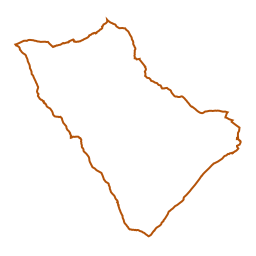 Popesti, Vâlcea, Romania
{"feature_id": "2599482B78854434160228", "entity_name": "Popesti", "entity_type": "district", "adm_level": 2, "iso_a3": "ROU", "parent_name": "Romania", "parent_adm1": "Vâlcea", "projection": "orthographic", "projection_center": [24.101, 44.98], "detail": "fine", "context": "isolated", "style": "outline", "palette": "amber", "viewbox_px": 256, "rotation_deg": 0, "n_neighbors": 0, "source": "geoboundaries", "source_scale": "gbopen_adm2", "svg_char_len": 5659}
<svg xmlns="http://www.w3.org/2000/svg" viewBox="0 0 256 256"><path d="M148.7,236.3L150.8,235.0L151.4,234.3L151.9,233.5L153.5,231.3L153.9,231.1L154.1,230.6L154.6,230.4L155.1,229.4L156.5,227.7L159.6,225.8L160.9,224.6L161.2,224.2L161.6,222.8L162.7,221.7L163.3,221.4L163.5,221.0L163.5,220.4L165.0,218.6L167.8,214.1L168.5,212.1L169.0,211.4L170.0,210.8L171.1,209.7L172.7,208.6L175.1,206.1L177.2,205.0L180.4,202.5L181.9,201.4L183.2,200.1L183.6,199.5L183.6,198.2L184.0,197.2L186.5,194.9L189.9,191.1L191.5,189.0L194.9,185.0L199.3,179.2L201.6,175.8L201.9,175.8L203.0,174.2L204.5,172.6L209.2,168.1L212.2,164.9L213.0,164.3L213.6,163.5L214.4,163.3L218.0,161.5L222.3,158.6L224.1,156.4L224.8,155.9L226.4,155.4L227.6,154.2L228.1,153.9L229.0,154.1L229.9,153.3L231.1,153.1L231.8,153.3L231.8,152.9L232.0,152.8L232.3,152.8L232.8,153.1L233.0,153.0L233.0,152.6L233.2,152.4L234.4,151.9L234.8,151.4L235.5,151.2L236.5,150.5L237.6,149.4L238.3,148.5L237.0,146.6L237.0,145.8L239.6,144.6L240.6,142.4L240.6,141.6L239.7,140.8L239.9,140.6L239.5,140.3L237.9,139.1L236.9,139.1L237.0,137.9L238.1,138.1L237.9,135.5L238.0,132.9L239.1,130.9L239.5,127.6L236.9,125.8L231.6,121.8L232.0,120.6L232.3,120.5L232.5,120.3L229.1,119.2L226.9,117.9L226.3,117.7L225.7,117.4L225.4,117.4L225.4,117.1L226.3,114.9L226.5,114.0L227.2,112.8L227.6,112.3L225.2,111.6L223.0,111.7L220.4,111.1L219.5,110.8L217.5,110.6L216.4,110.8L215.4,110.6L212.6,111.0L211.6,110.8L209.5,110.8L206.8,111.4L205.2,111.5L203.3,112.8L202.5,113.1L201.7,113.1L200.3,112.8L198.5,111.8L196.4,110.2L195.7,109.4L192.7,107.1L192.2,106.7L191.7,106.8L190.6,105.9L190.0,105.2L188.8,103.5L187.2,101.7L186.4,100.5L185.7,99.9L184.6,98.5L182.6,96.7L181.9,96.4L181.3,96.4L179.7,97.0L178.1,97.0L176.7,96.5L175.3,96.5L174.7,96.2L174.2,95.8L171.9,93.0L171.5,92.4L170.8,90.6L170.1,90.0L168.3,89.1L167.0,87.9L164.8,88.2L164.0,88.5L162.7,88.3L162.2,88.5L161.4,87.5L161.3,86.6L160.5,85.4L158.7,85.0L158.2,84.6L157.5,83.6L157.0,83.1L154.7,82.5L153.4,81.5L151.1,80.8L150.8,80.4L150.7,79.8L150.4,79.3L149.1,78.1L147.5,77.9L146.7,77.5L145.9,76.4L145.1,75.9L145.4,74.9L145.4,73.3L144.8,71.7L145.9,69.7L145.8,68.4L144.9,66.9L145.2,66.6L139.4,59.3L139.5,58.9L136.6,59.4L136.0,58.5L134.7,58.3L134.8,56.8L134.4,55.8L134.8,54.4L134.6,53.4L134.8,51.9L134.7,50.5L135.4,49.1L135.3,48.1L134.7,47.2L134.3,46.1L133.3,44.3L133.2,43.6L133.3,42.5L133.0,41.1L132.1,39.7L131.8,39.0L131.8,38.2L131.5,37.2L130.2,35.2L128.5,31.8L127.9,31.1L126.1,29.7L125.2,28.3L123.9,28.3L122.4,28.0L119.4,28.2L118.6,27.8L116.3,26.3L115.9,25.3L115.2,24.5L112.9,23.7L112.6,23.3L111.5,23.0L110.0,22.2L107.8,20.5L107.1,19.7L107.3,21.1L107.1,21.9L105.8,23.3L103.5,24.5L102.9,25.9L102.0,26.6L102.3,27.6L102.3,27.9L102.1,28.3L101.1,29.2L100.2,29.5L99.1,30.7L96.9,32.1L96.4,32.8L96.4,33.1L95.7,33.4L95.4,32.9L94.9,32.8L94.1,33.0L93.6,33.4L93.4,33.2L92.4,33.6L91.4,34.3L90.9,34.8L89.3,35.3L89.1,35.6L89.1,36.1L87.8,37.4L86.3,38.2L83.8,39.3L82.7,40.1L81.9,40.3L79.9,41.4L79.2,41.3L78.4,41.7L77.4,41.6L76.5,41.9L75.3,41.8L75.3,41.6L75.0,41.4L74.0,41.5L73.8,41.2L73.7,39.8L73.2,39.5L69.1,41.3L69.1,41.8L68.8,42.0L68.8,41.9L63.9,43.4L63.3,43.0L62.9,43.1L61.0,44.4L60.1,44.8L58.7,45.0L57.3,45.5L56.5,45.4L55.6,46.0L54.8,46.1L54.9,46.3L53.0,47.0L49.3,43.5L48.0,41.9L46.2,42.0L45.2,41.7L40.4,41.9L39.4,41.6L37.2,41.4L36.8,41.1L35.7,40.8L34.3,40.7L33.7,40.3L29.8,39.9L28.5,40.0L27.4,40.5L26.9,40.9L25.8,40.7L23.8,40.8L18.4,43.4L16.5,44.2L15.4,44.5L16.1,45.5L17.6,46.0L18.9,46.9L19.7,48.0L19.9,49.7L20.5,50.2L21.8,52.1L23.4,53.5L24.7,54.2L25.9,55.4L26.4,57.1L27.0,58.2L27.5,59.5L27.8,61.3L29.5,64.9L29.9,66.8L29.9,68.1L30.9,70.0L31.5,71.6L31.7,74.1L33.1,75.6L33.7,77.3L35.8,81.7L36.0,82.5L36.9,84.0L37.4,85.6L38.1,86.9L38.1,87.8L37.3,90.1L37.0,91.4L37.4,92.8L38.1,93.6L38.2,94.1L38.4,94.2L38.2,94.5L37.9,95.9L38.1,96.3L38.5,96.5L38.7,97.1L39.4,98.0L39.5,98.5L39.9,98.9L40.5,99.2L40.9,99.7L41.8,99.9L42.3,100.3L42.5,100.6L43.8,101.2L43.9,101.7L43.5,101.9L43.9,102.4L43.8,102.7L43.9,102.9L44.3,103.2L44.5,102.9L45.7,104.0L46.3,105.1L46.5,105.9L47.1,106.7L47.8,107.2L50.2,108.6L52.0,111.2L52.6,112.5L53.1,114.6L54.1,115.8L54.8,116.4L56.6,116.7L58.4,116.8L58.9,117.1L60.5,116.8L60.9,117.4L61.6,118.0L61.9,118.4L62.2,119.9L63.3,122.9L63.9,123.5L64.7,124.5L66.1,126.1L66.3,126.5L66.4,126.9L66.4,127.3L66.5,128.0L66.7,128.5L67.5,130.0L68.3,130.6L69.3,131.7L69.8,132.8L70.1,133.0L70.2,133.3L70.0,133.7L70.8,135.2L71.2,135.7L71.1,136.5L70.8,136.6L70.8,137.8L71.6,137.6L73.2,136.7L74.8,136.9L75.7,136.7L78.1,136.7L78.5,136.8L79.0,137.3L79.5,138.1L80.1,138.0L80.4,138.2L81.3,139.8L81.3,140.2L81.0,141.4L81.4,142.5L81.3,143.6L81.9,145.3L81.8,146.6L82.1,147.6L82.9,148.2L83.2,148.8L83.5,149.5L83.5,150.6L83.8,151.4L86.4,153.8L88.3,156.3L88.8,157.1L89.2,158.4L89.4,160.4L89.8,161.8L92.5,167.2L94.8,168.5L96.5,170.2L101.4,172.9L102.6,175.6L103.7,178.6L103.9,179.5L104.6,180.2L105.6,181.7L107.9,183.1L108.4,183.4L108.7,183.9L108.9,185.5L109.5,186.4L109.8,187.4L109.8,188.8L110.4,190.1L110.7,191.2L111.0,192.1L112.4,193.8L113.8,195.2L114.4,195.9L114.8,196.7L115.4,198.3L116.0,199.3L117.3,200.5L117.4,200.8L117.3,201.3L117.8,202.0L117.3,202.5L117.8,202.9L117.9,203.9L118.2,204.4L118.2,204.7L118.5,205.0L118.3,205.3L118.6,205.6L118.5,206.1L119.2,208.2L119.3,208.8L120.1,210.5L120.4,211.6L121.9,214.8L122.5,215.6L122.6,217.2L122.8,218.1L123.7,220.0L124.0,221.6L124.6,223.1L126.4,225.1L127.3,226.5L128.1,227.2L128.7,228.6L129.7,229.2L129.8,229.4L130.9,229.4L132.1,229.9L132.6,229.8L132.8,229.7L133.8,229.8L134.6,230.1L135.7,229.9L136.3,230.3L137.3,230.0L138.3,230.1L139.1,230.5L139.8,231.0L141.9,231.6L142.7,232.3L144.2,232.9L144.8,233.4L145.8,234.3L147.2,235.2L148.0,235.9L148.7,236.3Z" fill="none" stroke="#b45309" stroke-width="2"/></svg>